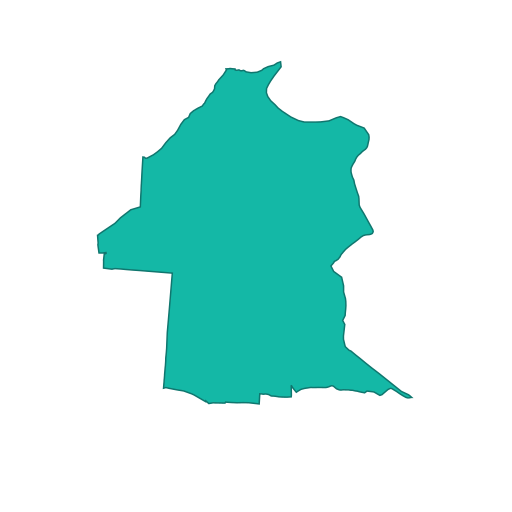 Tlanepantla, Puebla, Mexico (Albers equal-area conic projection), rotated 70°
{"feature_id": "50627088B83068266269285", "entity_name": "Tlanepantla", "entity_type": "district", "adm_level": 2, "iso_a3": "MEX", "parent_name": "Mexico", "parent_adm1": "Puebla", "projection": "albers", "projection_center": [-97.882, 18.857], "detail": "fine", "context": "isolated", "style": "filled", "palette": "teal", "viewbox_px": 512, "rotation_deg": 70, "n_neighbors": 0, "source": "geoboundaries", "source_scale": "gbopen_adm2", "svg_char_len": 4532}
<svg xmlns="http://www.w3.org/2000/svg" viewBox="0 0 512 512"><g transform="rotate(70 256 256)"><path d="M180.6,108.6L172.8,110.6L170.6,113.1L167.5,116.7L167.1,117.0L165.3,118.6L159.5,122.8L156.0,126.4L153.9,128.9L153.6,133.3L154.0,141.2L152.1,149.4L150.7,153.7L146.7,164.7L143.2,169.9L137.3,175.7L129.1,181.8L124.6,184.6L120.3,186.4L115.1,189.1L110.3,190.4L106.2,190.4L102.2,188.8L99.3,185.8L96.6,182.5L93.1,177.6L91.7,175.4L87.0,168.0L86.8,167.7L84.0,167.0L81.9,166.5L81.9,170.1L82.8,173.9L82.2,179.8L82.6,184.8L83.5,187.1L83.7,192.0L82.1,197.9L79.6,202.3L77.9,203.5L77.2,204.4L77.1,206.0L76.4,207.5L75.3,208.3L74.9,210.6L74.1,211.9L73.1,211.7L72.1,213.9L70.9,216.3L70.7,217.7L70.3,219.0L69.9,220.2L71.1,220.2L74.7,224.9L77.7,230.7L79.0,232.4L80.5,234.9L81.9,236.5L83.4,237.2L84.6,237.7L85.6,238.7L86.7,239.9L87.4,241.0L88.0,243.2L88.1,243.6L89.9,246.1L91.2,248.1L93.0,250.2L94.9,252.1L95.3,253.2L96.8,255.3L96.8,256.2L96.8,256.3L97.0,257.6L97.2,259.8L98.1,264.8L99.6,269.0L102.7,271.9L103.4,276.7L106.5,281.5L111.1,286.7L113.9,290.8L115.6,296.2L118.7,302.0L122.5,307.8L124.4,312.9L125.8,317.7L126.8,325.0L126.3,326.5L125.1,327.0L124.3,328.4L137.2,334.0L141.9,336.0L142.9,336.4L149.2,339.1L149.8,339.4L154.4,341.3L155.0,341.5L160.1,343.7L170.3,347.9L169.8,356.9L169.7,357.7L173.7,370.2L176.9,376.9L177.3,378.2L177.9,380.7L180.8,392.4L181.8,396.2L182.3,396.7L182.3,397.8L189.8,399.9L190.2,400.1L191.3,400.7L193.4,401.2L199.5,402.5L200.8,398.9L201.4,395.8L202.3,396.0L202.4,398.0L207.6,400.6L207.8,400.7L208.6,400.9L215.2,403.4L219.1,395.9L219.2,395.3L219.2,395.1L219.6,392.8L222.1,387.2L224.1,383.0L226.8,377.1L230.2,369.5L233.1,363.2L243.1,341.3L243.5,340.5L272.8,354.0L285.3,359.8L297.5,365.5L312.1,371.5L316.1,373.3L321.3,375.8L322.9,376.4L324.6,377.1L326.4,377.9L328.2,378.7L330.0,379.6L333.7,381.3L335.4,382.1L335.8,382.3L336.3,382.5L337.3,382.9L339.0,383.7L339.5,383.9L340.9,384.6L343.0,385.5L345.1,386.5L348.6,388.1L348.8,385.7L350.8,382.6L352.8,379.3L355.1,375.4L358.0,370.2L363.5,363.6L365.3,361.8L375.7,353.1L375.0,352.7L378.5,350.8L378.6,350.3L379.3,346.4L380.0,344.8L381.9,339.8L383.1,336.8L383.6,335.4L382.9,334.6L385.4,328.9L386.1,327.2L387.4,324.1L389.3,318.5L390.5,315.3L391.5,312.8L396.1,303.6L386.8,299.6L387.2,298.8L387.6,297.7L388.3,296.6L388.6,295.6L388.7,294.9L389.0,294.1L389.5,293.1L390.2,292.0L390.8,291.2L391.5,290.6L392.4,289.9L392.8,289.4L393.2,288.6L393.5,287.7L393.9,286.9L394.3,286.0L394.8,285.1L395.4,284.0L396.2,282.6L396.8,281.2L397.3,280.1L397.8,278.8L398.3,277.6L398.9,276.0L399.3,274.9L399.9,272.8L400.4,271.1L399.0,270.4L389.5,267.1L391.9,266.7L393.2,266.3L397.3,264.9L397.8,264.7L397.4,263.1L397.0,261.0L396.7,259.4L396.8,257.8L397.0,255.8L397.3,254.1L397.6,252.8L398.0,250.6L398.2,249.8L398.3,249.3L398.8,248.2L399.5,246.3L400.1,244.6L400.7,242.7L401.2,241.4L401.8,239.8L402.7,237.5L403.5,235.3L403.7,233.9L403.8,232.4L403.7,230.4L403.8,229.3L404.2,228.5L404.8,227.8L405.6,227.3L407.9,226.0L408.4,225.7L410.3,223.5L411.0,222.1L411.1,221.7L411.5,219.9L412.2,218.1L412.8,216.6L413.4,214.9L414.3,213.3L414.7,212.4L415.3,211.0L415.8,210.3L416.5,209.2L417.1,208.2L417.6,207.1L418.3,206.2L419.3,204.7L420.4,202.9L421.7,200.7L420.9,197.9L423.7,192.4L424.2,191.6L429.3,187.3L429.4,185.1L426.6,177.7L426.4,175.8L426.4,175.0L426.6,174.4L427.4,173.4L428.6,172.5L431.3,170.3L434.6,168.0L437.2,166.0L440.1,163.5L441.2,162.0L441.6,160.9L441.8,159.7L442.0,158.4L442.1,158.1L440.2,159.1L438.6,160.1L433.0,165.7L408.5,180.6L400.7,185.6L394.3,189.5L388.5,192.9L383.3,196.1L377.8,199.3L376.4,200.8L371.8,203.1L370.2,203.0L364.2,202.3L361.1,201.2L350.7,196.0L346.2,196.6L342.4,192.6L340.1,191.6L336.6,189.9L333.4,188.5L329.5,187.2L326.6,186.5L319.8,186.0L314.0,183.9L305.2,182.8L304.4,183.4L299.9,186.4L297.1,188.3L291.0,189.0L288.7,185.0L287.9,184.3L287.7,182.3L287.1,179.9L286.4,178.8L285.5,177.3L284.5,176.4L283.4,175.0L282.8,173.8L281.8,172.2L281.7,171.9L280.4,169.6L279.1,166.1L277.5,161.3L276.6,158.1L275.2,153.8L274.1,150.9L273.5,148.1L273.7,145.6L274.1,144.0L274.6,142.3L274.8,140.7L274.6,139.0L273.3,137.6L271.7,137.3L267.4,137.9L261.9,138.8L253.4,140.1L248.9,141.0L245.9,141.6L243.4,141.6L240.6,140.7L237.5,139.7L235.0,139.1L231.1,139.1L225.8,138.9L221.8,138.7L218.1,138.1L215.3,138.4L212.9,138.3L209.7,138.0L207.6,137.3L205.9,136.5L204.7,135.4L203.0,133.6L200.7,130.7L198.9,129.1L197.5,127.4L196.3,125.4L195.4,122.8L194.4,120.8L193.7,118.8L193.1,116.6L192.1,114.9L191.2,113.9L189.4,112.7L187.3,111.4L185.2,110.0L183.0,109.1L180.6,108.6Z" fill="#14b8a6" stroke="#0f766e" stroke-width="1.5"/></g></svg>